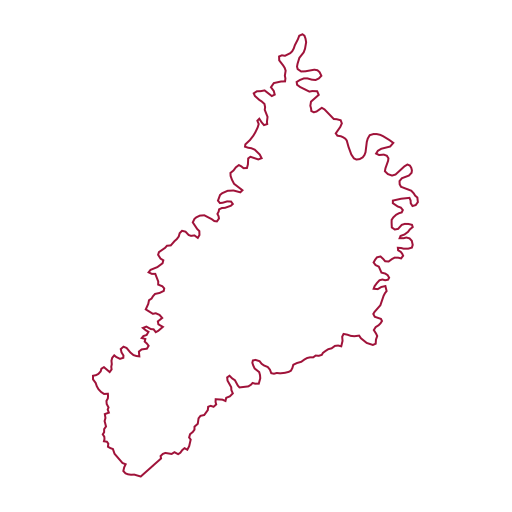 São José do Cerrito, Santa Catarina, Brazil, rotated 91°
{"feature_id": "56859067B25207266953620", "entity_name": "São José do Cerrito", "entity_type": "district", "adm_level": 2, "iso_a3": "BRA", "parent_name": "Brazil", "parent_adm1": "Santa Catarina", "projection": "orthographic", "projection_center": [-50.681, -27.604], "detail": "fine", "context": "isolated", "style": "outline", "palette": "rose", "viewbox_px": 512, "rotation_deg": 91, "n_neighbors": 0, "source": "geoboundaries", "source_scale": "gbopen_adm2", "svg_char_len": 6100}
<svg xmlns="http://www.w3.org/2000/svg" viewBox="0 0 512 512"><g transform="rotate(91 256 256)"><path d="M54.9,233.6L56.1,236.4L60.0,236.2L65.1,232.1L67.4,230.6L70.2,229.6L75.2,230.3L77.9,229.7L80.9,230.0L81.1,234.1L82.8,241.2L87.0,244.0L90.7,241.1L94.3,240.1L95.8,243.0L90.3,250.3L91.1,254.2L91.3,258.0L93.4,261.1L96.0,259.9L99.9,255.4L101.3,253.1L103.8,250.2L107.0,249.5L109.7,249.8L116.7,246.9L121.6,247.4L123.9,247.1L125.0,250.3L122.0,252.9L118.7,255.1L120.7,257.0L124.0,255.6L127.5,256.6L132.5,258.9L135.8,260.8L140.2,264.1L144.6,268.6L146.9,268.9L147.9,265.7L148.3,262.6L149.7,259.1L154.5,254.0L158.1,252.1L159.4,255.4L156.9,263.3L158.6,265.5L164.6,265.7L168.2,266.6L168.4,270.0L166.6,272.3L165.4,274.7L167.7,277.7L170.9,280.0L173.4,283.0L176.4,282.8L180.1,281.4L184.2,279.2L190.5,270.7L192.6,272.8L190.9,279.6L191.3,285.5L193.8,290.9L195.6,293.0L201.3,295.0L203.7,293.0L203.3,290.1L201.9,285.8L202.0,281.9L204.4,280.1L206.2,282.0L208.4,287.9L208.6,290.9L210.0,293.7L212.2,294.1L214.6,295.3L216.9,294.1L219.2,293.7L222.1,295.7L221.8,298.3L220.0,300.8L216.2,308.4L216.6,312.8L218.4,316.4L220.0,318.2L223.5,319.8L230.0,315.3L232.1,313.1L236.0,312.9L238.9,314.5L236.5,317.9L237.0,321.3L236.2,323.7L232.9,326.9L232.1,330.4L234.5,332.7L237.9,333.6L240.5,335.5L242.5,337.7L246.9,341.4L247.3,345.2L249.4,347.0L253.8,353.1L256.5,353.9L260.3,351.4L261.9,348.6L264.9,349.3L268.8,354.4L271.7,361.2L274.2,363.1L275.7,359.8L275.6,356.4L283.2,353.3L286.3,353.3L287.9,349.1L290.0,347.2L292.5,347.6L294.6,351.7L295.7,356.3L298.0,358.3L300.4,359.7L302.1,362.2L305.8,362.9L311.3,365.3L315.6,358.1L315.0,355.2L316.6,351.4L319.6,348.7L323.1,353.0L326.0,352.4L328.5,347.9L332.5,352.4L333.9,354.9L331.1,357.1L330.9,359.9L328.5,364.4L329.9,367.8L332.2,364.9L333.7,362.2L336.9,364.0L338.0,367.2L340.0,368.8L340.9,365.2L343.5,365.8L345.5,363.5L347.7,361.8L350.6,363.5L351.4,368.7L353.6,371.4L358.4,370.9L358.1,373.8L357.2,376.8L354.7,379.9L350.2,383.8L349.0,386.9L351.4,389.6L354.7,388.8L357.8,386.8L360.1,386.9L361.2,390.2L359.4,394.0L357.8,396.0L360.3,398.0L363.2,398.7L366.7,398.3L369.3,398.8L371.9,398.4L374.6,400.3L369.8,406.1L371.4,408.6L374.1,409.3L376.6,411.5L377.9,413.8L378.6,416.9L382.2,416.8L385.7,414.1L389.0,412.9L391.9,411.2L394.6,408.6L396.6,405.5L396.3,401.7L398.8,401.5L401.1,401.7L403.5,403.0L406.6,402.7L410.0,400.8L412.1,401.6L415.2,400.4L416.7,404.4L420.6,403.7L423.7,404.5L429.1,403.0L431.7,404.8L434.9,404.8L437.0,406.1L439.4,404.5L441.7,404.3L443.9,404.8L444.3,401.8L446.2,400.4L449.3,400.7L450.6,398.3L451.5,395.7L456.2,394.0L465.3,385.9L466.5,382.7L469.6,384.1L473.3,384.9L475.6,382.7L476.5,380.2L476.9,377.1L476.7,373.9L478.5,367.4L460.1,347.4L457.7,347.9L455.5,345.7L454.5,343.2L455.4,336.9L453.6,334.1L455.5,330.4L454.0,328.2L451.4,326.4L449.4,324.1L450.9,321.3L447.3,319.5L440.7,318.1L438.6,319.7L435.3,318.8L433.0,316.1L430.7,314.5L427.7,314.5L424.8,311.3L419.3,310.6L416.8,308.7L415.9,305.0L410.9,301.5L407.6,301.2L406.6,298.7L407.5,295.8L405.1,293.2L402.7,293.9L399.9,293.8L400.2,287.1L401.5,284.0L398.3,283.3L396.8,279.7L393.8,276.8L390.4,278.3L387.6,278.5L381.1,282.3L377.9,282.7L376.2,280.4L378.8,277.7L380.6,274.9L385.9,271.9L387.7,270.2L386.5,261.4L384.8,258.8L383.0,257.2L383.7,254.6L383.6,251.0L378.2,249.6L375.0,249.9L372.0,250.8L368.5,255.4L365.4,256.9L362.8,257.8L360.5,257.3L359.9,254.7L361.1,250.6L363.7,248.5L365.3,246.1L366.8,242.3L369.4,240.1L372.9,238.7L373.4,236.0L372.6,233.2L372.9,229.8L372.3,225.1L371.3,221.3L370.1,219.1L367.4,217.7L364.1,216.8L362.3,213.2L361.0,208.9L358.6,205.7L357.1,203.1L356.4,200.3L356.3,197.0L354.5,194.6L354.7,191.5L353.7,188.5L351.7,187.4L349.7,184.8L347.9,182.1L347.0,178.8L344.5,175.5L344.1,172.3L344.8,169.2L339.4,168.0L335.2,168.4L332.4,167.1L333.1,163.2L334.2,159.9L334.5,156.2L333.8,151.5L336.4,149.7L341.0,143.8L342.9,137.6L341.6,134.8L337.5,134.6L333.9,133.4L331.5,134.6L328.0,136.9L325.0,135.1L323.1,132.2L321.1,130.3L318.8,128.9L316.7,130.0L314.7,136.2L311.9,137.7L309.8,136.5L303.1,130.8L293.5,127.7L290.9,126.4L288.8,124.8L283.8,126.1L284.8,130.2L287.0,133.7L286.7,137.8L284.1,136.9L280.9,134.6L278.1,132.1L277.3,129.2L278.0,126.4L277.4,123.6L275.4,122.5L272.9,124.0L271.3,126.5L270.4,130.3L264.5,133.0L263.0,136.3L260.4,138.3L257.6,136.8L255.2,135.0L254.3,131.5L256.8,128.7L259.0,126.8L259.2,123.3L256.6,119.9L255.2,117.3L255.2,113.8L255.9,110.9L253.2,108.9L251.1,109.9L249.3,111.4L247.8,114.0L245.3,114.3L245.5,110.9L246.1,108.6L246.0,103.9L244.9,100.3L242.2,99.5L238.1,100.5L235.7,102.8L234.9,106.0L235.6,108.6L235.7,112.7L233.4,111.8L231.9,107.9L229.2,104.4L226.8,102.7L224.3,99.8L222.1,100.6L221.3,104.2L221.3,107.8L222.3,110.8L226.4,114.4L227.1,117.7L225.1,120.7L220.5,121.0L217.5,121.0L215.0,119.4L212.3,116.6L210.7,113.7L209.9,111.1L207.5,110.0L205.1,112.0L204.0,115.2L200.8,120.1L198.2,120.1L196.2,111.8L195.2,103.6L197.8,102.4L200.6,102.2L203.3,100.4L202.3,97.2L199.3,95.1L194.7,95.7L192.9,97.9L190.6,99.4L188.0,101.9L184.3,112.2L181.8,113.6L178.6,113.8L175.7,111.5L172.9,104.5L170.1,101.9L167.7,101.6L165.1,102.3L162.9,103.7L161.9,106.2L163.8,109.2L172.1,117.9L173.2,121.4L171.8,125.6L169.0,128.6L166.0,128.1L158.6,125.6L156.0,125.3L153.5,126.9L152.4,130.0L152.9,134.7L151.5,137.7L148.7,136.0L146.6,132.6L144.2,123.8L140.5,120.7L137.7,124.7L134.0,131.0L132.7,133.9L132.0,137.3L132.0,140.6L133.2,144.4L136.6,146.3L139.9,147.2L150.3,148.3L153.1,149.3L155.5,151.0L157.3,154.0L157.8,157.3L156.7,159.8L152.8,162.5L145.3,165.4L138.9,167.3L137.1,168.8L135.8,170.9L134.8,173.2L134.3,176.7L132.0,178.4L125.5,174.0L121.9,172.5L118.8,173.7L117.8,177.8L117.7,180.6L108.2,190.1L106.7,192.8L110.5,198.0L111.3,200.7L110.1,203.2L107.6,203.5L104.8,204.3L100.7,203.7L93.8,196.1L90.2,197.7L90.1,202.6L90.7,205.5L86.3,214.8L84.1,217.9L81.3,218.4L79.2,215.1L77.6,211.2L77.5,207.8L78.7,203.3L79.0,199.5L77.4,196.3L74.7,193.8L71.1,195.6L69.2,197.8L68.7,200.9L70.5,210.0L70.7,214.1L68.4,217.6L65.9,218.3L63.0,217.8L57.1,216.1L51.6,211.9L47.9,210.6L41.4,209.6L37.8,210.3L34.9,211.4L33.5,213.4L35.0,216.6L38.6,217.9L44.5,220.8L47.9,221.9L50.7,223.4L52.6,225.3L55.3,230.5L54.9,233.6Z" fill="none" stroke="#9f1239" stroke-width="2"/></g></svg>